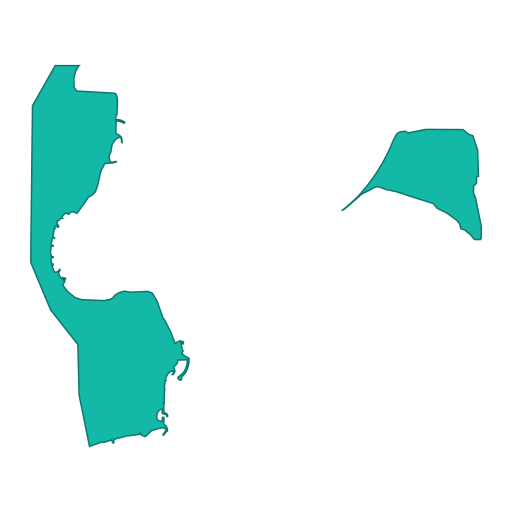 61, Qatar
{"feature_id": "91078587B91929274058544", "entity_name": "61", "entity_type": "district", "adm_level": 2, "iso_a3": "QAT", "parent_name": "Qatar", "parent_adm1": "", "projection": "equal_earth", "projection_center": [51.545, 25.336], "detail": "fine", "context": "isolated", "style": "filled", "palette": "teal", "viewbox_px": 512, "rotation_deg": 0, "n_neighbors": 0, "source": "geoboundaries", "source_scale": "gbopen_adm2", "svg_char_len": 5185}
<svg xmlns="http://www.w3.org/2000/svg" viewBox="0 0 512 512"><path d="M30.9,262.4L31.0,262.9L50.6,309.9L77.9,344.6L79.1,395.0L89.5,446.4L90.8,445.9L102.6,441.8L103.5,442.5L111.6,440.0L112.8,442.9L113.8,442.8L113.9,439.3L123.7,436.8L126.4,436.0L128.7,435.8L132.4,435.3L139.4,434.3L140.3,432.9L141.2,435.0L144.9,436.5L145.5,436.4L151.8,430.5L160.7,428.0L162.4,427.8L163.9,428.0L164.8,428.4L165.9,429.7L165.7,430.9L163.1,434.4L162.9,434.8L163.2,435.1L163.6,435.1L166.4,431.5L167.0,431.4L167.3,431.0L167.5,430.5L167.5,429.8L167.3,429.0L167.0,428.2L166.7,426.9L166.2,426.1L165.5,425.4L164.7,425.0L163.8,424.3L163.9,417.7L163.6,417.3L162.6,417.3L162.4,417.6L162.3,420.9L161.1,421.3L160.0,421.2L158.9,420.7L157.9,420.1L157.1,419.0L156.8,417.9L156.8,416.7L156.9,415.1L157.0,414.0L157.3,413.0L158.9,410.6L160.8,409.2L162.2,409.3L162.2,413.1L162.6,413.6L163.4,414.0L164.9,414.2L165.7,414.5L166.1,414.9L166.5,415.3L166.7,416.2L167.1,416.6L167.5,416.5L167.7,416.2L167.7,415.5L167.3,414.7L166.7,413.7L165.9,413.2L164.6,412.7L163.9,412.0L163.8,405.3L163.8,404.0L164.4,403.6L164.3,403.3L164.1,403.3L164.2,397.1L164.4,392.9L164.7,389.2L164.8,388.8L164.4,387.8L165.0,382.3L165.4,380.6L166.0,380.5L165.8,380.2L165.5,380.1L165.5,378.9L167.2,374.8L169.1,372.4L171.4,371.3L173.1,371.2L173.9,371.2L173.7,372.5L173.2,373.4L172.1,374.2L172.3,374.7L173.3,374.2L173.8,373.6L174.4,372.7L174.9,371.2L173.7,366.3L175.5,365.5L177.5,362.6L177.7,360.1L187.3,359.8L187.3,361.8L187.1,363.5L186.6,366.0L185.5,369.0L184.6,370.7L183.3,372.6L181.9,374.1L178.0,377.2L178.0,378.5L178.8,379.6L180.5,380.2L181.2,380.0L181.7,378.8L181.3,377.2L181.6,376.9L184.1,374.5L185.8,372.2L186.3,371.1L186.9,369.9L187.5,368.4L187.9,367.3L188.5,364.8L188.8,363.5L189.0,361.2L189.0,358.3L185.1,356.2L182.4,353.9L182.2,352.7L182.4,351.7L183.1,351.1L182.2,349.1L181.7,346.5L181.4,344.8L181.1,342.7L183.1,343.9L183.5,341.9L180.0,340.8L175.1,343.3L170.8,332.3L164.9,320.4L163.0,318.0L157.1,301.2L154.2,296.2L152.4,293.1L147.7,291.4L130.1,292.2L124.6,291.1L118.9,292.7L115.1,295.1L112.6,298.1L109.8,299.5L104.0,300.6L81.6,299.7L75.2,297.6L67.6,291.6L62.6,284.9L64.7,281.8L64.5,281.6L64.4,281.4L65.6,278.3L64.9,278.0L64.0,280.8L63.1,279.5L63.4,277.9L62.7,277.6L62.4,278.6L61.4,278.4L60.8,277.4L59.9,276.7L58.4,272.4L60.1,270.4L59.8,269.4L57.5,271.9L54.7,272.2L53.6,270.3L52.1,265.6L53.2,265.1L52.9,263.9L51.9,264.4L50.9,259.5L51.5,257.6L53.1,257.5L53.2,257.3L53.3,256.9L51.5,256.5L50.5,253.0L50.8,248.4L51.1,246.2L53.2,246.2L53.2,245.9L53.2,245.6L51.4,244.8L51.0,243.1L51.8,241.8L52.2,238.3L53.0,237.8L54.5,238.2L54.6,237.9L54.6,237.7L52.8,236.8L54.3,229.1L55.2,228.6L55.3,228.5L54.6,227.8L55.0,226.1L58.4,227.2L58.5,227.0L58.5,226.8L58.7,226.2L57.7,225.7L57.9,224.8L57.1,224.5L57.3,220.7L58.8,220.5L59.9,219.3L60.2,218.6L62.7,218.4L62.3,217.5L62.7,215.8L65.6,213.0L68.8,214.3L70.3,212.3L73.7,211.8L76.9,213.4L84.0,203.8L88.4,197.2L92.2,195.0L95.2,192.1L97.1,187.3L100.8,171.4L102.1,168.8L104.8,163.5L113.4,162.8L116.3,161.8L116.0,161.4L113.1,162.1L110.6,162.4L109.7,160.1L109.0,157.4L109.6,154.5L110.6,152.6L111.1,150.6L112.0,144.8L115.2,139.9L117.2,138.2L118.9,137.4L120.8,137.5L121.4,139.6L121.6,142.4L122.1,142.6L121.8,138.6L121.1,137.0L119.5,135.3L115.9,133.5L116.1,120.9L118.0,121.0L120.5,121.6L123.9,123.1L124.4,123.1L124.7,122.6L124.5,122.0L123.3,121.3L120.6,120.1L118.3,119.6L115.7,119.5L115.8,116.9L116.1,115.9L116.9,114.8L117.5,102.6L117.3,98.6L116.6,95.6L115.6,93.6L113.9,93.2L112.6,93.1L93.6,92.0L76.6,91.0L74.1,87.1L73.8,78.3L75.5,71.7L78.3,66.4L79.1,65.6L55.2,65.6L32.5,105.7L30.7,261.9L30.9,262.4ZM463.0,129.6L425.7,129.4L413.8,131.8L412.1,132.1L410.4,132.5L409.1,132.7L408.3,132.7L407.6,132.7L407.0,132.4L406.4,132.0L405.7,131.4L405.2,131.2L404.5,131.2L404.0,131.3L403.1,131.6L402.3,131.6L401.7,131.6L401.2,131.6L400.5,131.7L399.8,132.0L399.2,132.4L398.7,132.6L397.8,133.1L397.2,133.6L396.5,134.3L395.8,135.6L395.1,136.9L393.4,140.2L391.8,143.8L390.6,146.8L389.4,149.5L388.7,151.0L387.9,152.6L386.9,154.6L385.9,156.6L384.8,158.5L383.6,161.0L381.8,164.1L380.6,166.0L379.3,168.2L378.1,170.2L375.8,173.8L373.7,176.8L371.7,179.6L369.7,182.4L367.3,185.5L365.0,188.3L361.6,192.4L359.6,194.6L357.7,196.7L356.1,198.3L354.7,199.5L352.4,201.6L350.6,203.2L349.1,204.6L346.6,206.8L344.2,208.8L343.1,209.6L341.6,210.7L342.9,210.0L344.0,209.3L346.0,207.9L349.2,205.1L351.6,203.0L354.2,200.7L355.8,199.4L357.2,198.1L357.9,197.4L359.1,196.5L359.5,196.1L359.9,195.5L360.5,195.0L361.5,194.3L362.3,193.8L363.8,193.0L366.3,191.8L367.9,191.0L370.1,189.9L371.5,189.0L373.5,187.9L374.7,187.4L375.8,186.9L376.7,186.7L377.4,186.7L378.3,186.9L379.9,187.2L381.2,187.7L382.5,188.2L383.6,188.6L385.0,189.2L386.3,189.6L387.7,189.8L389.4,190.2L391.1,190.5L392.5,190.9L393.4,191.1L395.5,191.4L397.4,192.1L398.9,192.6L400.3,193.0L401.4,193.2L402.6,193.6L404.1,194.2L406.8,195.1L409.1,196.0L410.2,196.3L411.0,196.5L412.5,196.9L413.7,197.4L433.3,203.5L437.2,208.3L447.0,213.1L456.8,220.3L459.7,223.9L460.7,228.7L464.6,229.9L470.5,234.7L474.4,239.5L480.3,239.6L481.2,238.4L481.3,226.4L475.5,197.8L473.5,193.0L473.6,185.8L476.5,183.4L476.6,176.3L478.5,176.3L477.6,150.0L472.8,135.7L468.8,134.4L463.0,129.6Z" fill="#14b8a6" stroke="#0f766e" stroke-width="1.5"/></svg>